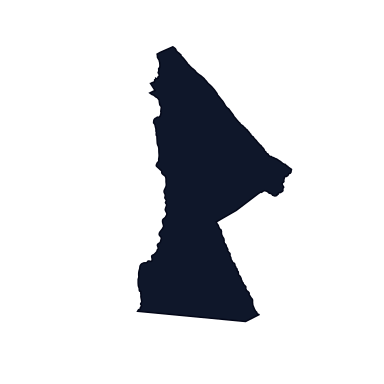 Barra, Bahia, Brazil, rotated 155°
{"feature_id": "56859067B70822366872061", "entity_name": "Barra", "entity_type": "district", "adm_level": 2, "iso_a3": "BRA", "parent_name": "Brazil", "parent_adm1": "Bahia", "projection": "natural_earth1", "projection_center": [-43.395, -11.084], "detail": "fine", "context": "isolated", "style": "filled", "palette": "ink", "viewbox_px": 384, "rotation_deg": 155, "n_neighbors": 0, "source": "geoboundaries", "source_scale": "gbopen_adm2", "svg_char_len": 6114}
<svg xmlns="http://www.w3.org/2000/svg" viewBox="0 0 384 384"><g transform="rotate(155 192 192)"><path d="M291.7,106.9L244.5,79.2L198.2,52.0L183.2,52.5L183.3,53.0L183.8,53.1L184.2,53.5L184.3,54.2L184.2,55.8L184.6,56.7L184.8,57.5L184.9,59.5L184.7,63.7L183.8,66.3L182.8,68.4L182.7,68.9L182.7,69.6L183.2,71.4L183.6,75.1L182.9,76.1L182.9,76.7L183.3,78.1L184.2,79.6L184.1,81.7L183.9,82.3L183.3,83.1L183.3,83.8L184.3,86.6L184.1,88.1L184.5,89.2L184.3,90.4L184.3,91.9L184.0,92.9L184.0,94.8L184.2,95.8L184.6,96.3L184.7,97.5L184.6,98.1L184.2,98.9L183.8,100.2L183.9,100.7L184.2,101.1L184.2,101.7L183.7,103.2L183.9,103.9L184.2,104.5L184.0,106.0L184.2,106.7L184.1,107.3L183.8,108.1L183.7,109.2L184.0,109.8L184.8,110.6L184.9,113.1L185.1,114.2L184.5,116.2L184.6,117.6L184.5,118.2L183.7,119.7L183.6,120.4L184.1,121.6L184.4,123.0L184.4,123.5L184.3,124.2L183.8,124.8L183.8,126.6L184.0,127.3L183.6,129.5L183.8,130.8L184.1,131.2L184.3,132.0L183.8,133.9L183.4,134.4L182.9,136.1L182.9,136.8L183.2,138.5L183.1,139.1L183.2,139.8L183.2,140.4L182.7,142.4L182.0,143.7L181.7,145.2L181.8,145.8L182.3,146.4L182.6,147.1L182.5,147.9L182.6,149.0L182.4,149.6L182.3,151.0L182.6,151.8L182.7,153.2L182.7,154.6L175.2,155.3L159.8,156.6L132.6,162.5L129.9,162.9L129.1,162.3L126.5,162.8L125.4,162.4L125.0,162.0L124.6,161.7L124.1,161.3L123.3,160.2L122.5,158.2L121.6,157.7L120.5,156.3L120.3,155.0L119.7,154.6L119.3,154.0L118.9,153.6L118.4,153.3L116.9,153.0L116.4,153.1L116.2,153.8L115.8,153.8L114.9,153.6L114.5,154.2L113.9,154.6L113.2,154.5L112.6,154.2L111.4,154.1L110.9,154.5L110.4,154.5L110.0,154.3L109.1,154.7L108.8,155.2L108.5,156.1L108.2,156.8L107.5,157.1L107.0,157.4L106.8,158.2L107.1,159.8L106.9,161.0L106.6,161.5L106.0,162.1L104.8,162.3L104.3,162.6L103.8,164.0L101.9,166.3L101.1,166.8L100.2,166.2L99.7,166.3L98.5,166.3L97.9,166.6L97.3,167.1L96.7,167.7L95.0,167.5L93.7,168.3L93.3,169.3L92.4,170.1L92.3,170.6L94.2,173.7L94.5,174.9L95.3,175.8L95.4,176.5L95.8,177.0L95.9,177.7L96.4,177.9L97.7,179.5L98.9,182.2L100.3,184.3L100.8,185.3L101.8,186.6L102.8,187.5L103.3,188.4L104.9,189.9L105.1,190.6L106.1,191.2L106.5,191.6L107.1,193.0L107.0,193.8L107.2,194.5L108.0,195.3L108.2,195.9L108.2,197.2L109.0,198.7L108.7,200.2L109.2,202.3L109.6,203.1L109.7,204.0L109.9,205.0L110.8,206.5L111.0,207.7L111.6,209.3L112.1,211.8L112.4,212.4L113.1,214.5L113.2,216.0L113.8,216.7L114.3,218.0L114.5,218.9L114.4,219.6L114.8,220.3L115.1,222.3L115.6,223.6L115.6,224.3L115.8,225.0L116.8,226.8L116.8,227.4L117.0,228.0L117.5,228.8L117.9,230.4L119.3,232.6L119.5,233.4L119.5,234.3L120.0,235.1L120.2,235.9L120.7,237.6L120.8,238.1L121.2,239.0L121.2,239.7L122.1,242.7L122.1,244.3L122.5,246.5L122.9,247.7L122.9,248.6L123.2,249.5L123.6,251.8L124.2,252.7L124.8,254.0L125.3,256.0L125.4,257.9L125.7,260.7L125.9,261.7L126.4,263.4L127.2,266.8L127.9,269.2L127.7,270.7L127.9,271.7L128.5,275.0L129.6,278.9L130.3,280.8L131.6,283.7L132.2,286.5L132.8,288.2L133.1,289.7L135.0,293.9L135.7,294.8L137.6,298.6L137.9,300.4L138.9,302.8L139.9,304.6L141.0,307.6L141.2,308.6L141.6,309.2L141.9,310.4L141.9,311.2L143.1,316.2L143.7,318.2L144.1,318.9L144.3,319.5L144.3,320.3L144.1,321.1L144.7,322.2L145.0,323.1L146.2,325.3L146.3,326.1L146.6,326.5L146.7,327.1L146.4,327.8L146.5,328.6L146.7,329.3L147.5,330.8L148.0,331.7L162.0,332.0L165.4,331.7L165.4,331.2L165.6,330.7L166.4,328.6L166.1,325.0L166.4,324.2L166.6,322.8L167.0,321.9L167.5,320.3L167.9,319.8L168.2,319.1L168.5,318.7L169.1,318.1L169.7,318.2L170.1,317.9L171.0,315.7L172.2,314.6L172.3,314.0L172.0,313.5L172.1,312.8L172.3,312.3L172.3,311.7L172.6,311.3L173.1,310.8L174.2,310.6L174.6,310.2L174.9,309.4L175.4,309.3L176.0,309.5L176.8,310.4L177.0,309.9L177.5,309.6L178.4,309.5L179.0,308.3L179.6,308.0L179.7,307.5L180.2,307.3L180.4,307.7L181.1,307.7L181.7,308.0L183.2,307.8L183.7,307.9L182.6,299.5L183.9,299.7L188.4,299.6L187.1,297.3L186.4,296.6L186.0,296.3L185.7,295.8L184.6,293.4L183.5,292.0L183.0,289.7L183.0,289.0L183.6,287.3L184.3,284.8L184.3,284.2L183.8,282.4L184.0,281.8L186.2,278.3L186.4,277.8L186.4,277.4L186.6,276.9L188.0,275.0L189.3,274.0L190.4,273.8L191.0,273.9L191.5,274.4L192.0,274.5L192.8,274.3L194.5,274.2L195.6,273.7L196.1,273.3L196.5,272.8L197.3,271.5L197.6,270.8L197.4,270.4L197.1,268.9L197.8,265.8L197.9,265.0L198.2,264.0L199.0,262.3L199.0,261.4L200.1,259.4L200.4,258.6L200.2,257.2L200.8,256.1L202.6,251.6L203.0,250.5L203.2,249.2L203.2,247.3L203.7,245.4L205.1,242.2L206.3,239.1L207.2,237.5L208.3,235.9L209.0,234.2L209.5,233.8L211.2,233.1L212.6,231.9L213.2,231.1L213.3,230.6L213.1,229.9L211.9,227.1L211.3,225.5L210.8,224.6L210.7,224.1L210.8,223.2L211.2,222.5L211.3,222.0L211.3,221.4L210.8,220.0L209.8,218.2L209.6,217.4L209.6,216.4L210.0,214.9L211.3,212.1L211.9,210.3L212.4,209.1L213.4,207.8L216.6,205.1L217.3,203.9L217.4,203.0L217.4,200.8L217.8,200.0L219.1,198.2L219.1,197.7L218.9,196.4L218.8,195.6L219.0,195.0L220.5,193.7L220.6,193.0L220.4,192.3L220.3,191.5L220.7,190.6L222.7,188.6L223.6,187.5L223.8,187.0L223.9,186.3L223.8,183.6L224.0,182.9L224.3,182.3L224.8,181.8L226.9,180.3L227.8,180.0L229.5,179.6L230.5,179.0L231.3,177.5L231.6,176.2L231.9,174.2L232.2,173.0L232.5,172.6L234.5,171.1L238.0,169.3L238.7,168.8L239.2,168.2L239.6,167.7L239.8,166.5L239.2,164.4L239.2,163.9L239.2,163.4L239.5,162.8L241.7,160.1L242.6,159.6L244.8,159.3L245.3,159.0L245.7,158.7L246.0,158.1L246.1,156.5L246.4,155.1L246.7,154.8L247.8,154.3L248.2,153.9L249.0,152.9L249.6,152.6L252.2,151.6L252.9,151.4L254.6,151.4L255.3,151.2L255.6,150.9L255.9,150.4L256.4,148.3L256.9,147.2L257.3,146.7L257.7,146.5L258.2,146.4L258.7,146.5L259.9,147.5L260.9,148.0L261.4,147.8L262.4,147.3L262.9,147.2L263.5,147.2L265.5,148.1L267.6,148.2L268.2,148.1L268.8,147.9L270.0,147.2L270.5,146.7L271.9,144.5L273.4,142.8L274.6,141.0L275.5,139.1L275.8,138.1L276.4,137.1L277.7,135.6L279.3,132.2L280.2,129.9L280.4,129.0L280.5,127.3L281.3,125.2L281.4,124.6L281.2,124.0L280.6,123.7L280.6,123.1L281.3,121.7L281.7,120.3L282.4,119.1L282.7,118.3L283.3,115.9L283.9,113.9L284.3,113.4L285.7,112.5L285.9,112.2L286.0,111.5L285.7,110.5L285.9,109.9L286.3,109.6L287.2,109.4L287.6,109.1L287.8,108.5L288.1,108.1L288.5,107.9L289.9,107.9L290.4,107.8L291.7,106.9Z" fill="#0f172a" stroke="#020617" stroke-width="1.5"/></g></svg>